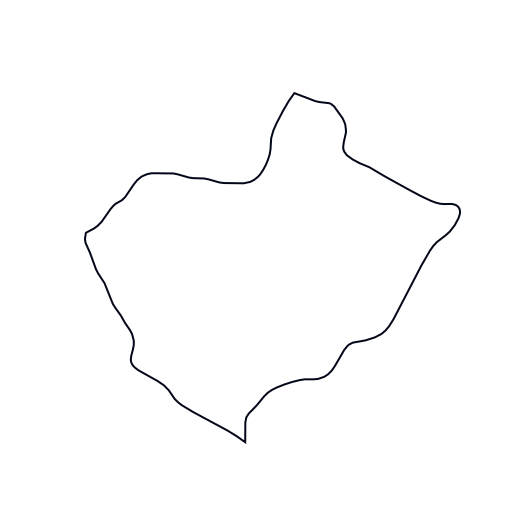 outline of Tamboril, Santiago, Dominican Republic, rotated 208°
{"feature_id": "3306468B8987969858006", "entity_name": "Tamboril", "entity_type": "district", "adm_level": 2, "iso_a3": "DOM", "parent_name": "Dominican Republic", "parent_adm1": "Santiago", "projection": "robinson", "projection_center": [-70.591, 19.492], "detail": "fine", "context": "isolated", "style": "outline", "palette": "ink", "viewbox_px": 512, "rotation_deg": 208, "n_neighbors": 0, "source": "geoboundaries", "source_scale": "gbopen_adm2", "svg_char_len": 1852}
<svg xmlns="http://www.w3.org/2000/svg" viewBox="0 0 512 512"><g transform="rotate(208 256 256)"><path d="M417.1,196.6L415.1,190.9L412.7,187.6L404.2,181.0L391.2,169.3L387.2,166.5L377.0,160.9L359.8,146.4L355.7,144.1L347.6,140.1L340.2,135.4L332.3,131.3L328.7,128.8L324.2,123.9L322.1,120.0L320.8,115.7L319.3,109.4L317.8,105.5L316.5,103.8L314.8,102.4L312.9,101.4L310.8,100.7L306.4,99.9L284.1,99.4L276.7,98.6L270.0,96.5L260.4,91.5L255.9,90.2L251.2,89.4L238.2,88.7L199.1,88.5L188.3,87.8L178.1,86.5L187.2,103.9L188.5,107.8L188.8,109.9L188.3,114.0L185.3,124.1L182.9,136.0L181.4,140.8L178.9,145.5L175.8,149.8L170.6,155.9L165.1,161.6L159.2,166.9L155.2,169.9L147.2,174.2L143.5,176.6L139.0,181.4L136.8,185.4L135.3,190.5L134.7,195.8L134.0,214.4L133.1,219.2L132.3,221.4L129.8,225.0L119.7,232.9L112.8,240.0L108.5,246.3L106.6,251.2L105.5,256.6L104.9,265.0L105.5,325.5L104.9,342.6L104.2,348.1L102.8,353.3L98.1,363.7L96.4,368.4L95.0,376.4L94.9,384.1L95.7,388.8L96.7,391.0L98.2,392.9L100.0,394.1L102.0,394.7L103.9,394.8L107.6,393.9L114.2,390.2L118.2,388.5L123.0,387.4L128.0,386.8L138.5,386.3L151.6,386.3L180.5,386.8L197.5,387.6L208.2,386.6L215.8,386.6L222.9,387.6L227.0,389.5L228.7,391.0L230.1,392.9L231.8,397.4L234.5,407.1L235.7,409.4L238.7,413.7L240.6,415.5L244.4,418.4L257.4,424.8L261.2,425.5L263.1,425.3L272.0,421.8L276.3,420.6L298.6,417.8L299.8,408.5L300.3,397.3L300.2,383.2L299.6,375.0L297.9,367.2L293.2,356.8L291.6,352.0L290.6,346.5L290.1,341.0L290.1,335.4L290.7,329.9L291.3,327.2L293.3,322.5L295.9,318.7L301.0,314.4L318.5,305.4L322.7,303.8L333.9,301.4L338.2,300.1L347.9,295.3L352.0,293.8L363.3,291.4L367.7,290.1L385.1,281.1L387.1,280.0L390.5,277.2L393.4,273.7L394.6,271.8L396.5,267.1L397.5,261.9L399.2,246.5L400.6,242.3L404.5,236.1L405.3,234.1L406.4,229.5L408.4,213.7L409.9,208.5L411.9,204.3L417.1,196.6Z" fill="none" stroke="#020617" stroke-width="2"/></g></svg>